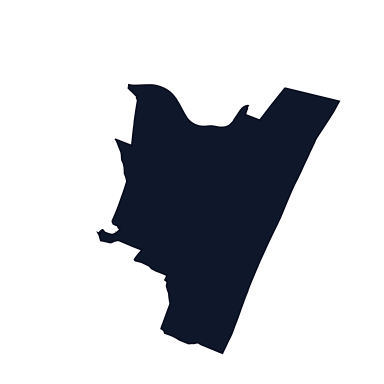 Amuwo Odofin, Lagos, Nigeria (Natural Earth projection), rotated 293°
{"feature_id": "59680162B96890005302109", "entity_name": "Amuwo Odofin", "entity_type": "district", "adm_level": 2, "iso_a3": "NGA", "parent_name": "Nigeria", "parent_adm1": "Lagos", "projection": "natural_earth1", "projection_center": [3.271, 6.447], "detail": "fine", "context": "isolated", "style": "filled", "palette": "ink", "viewbox_px": 384, "rotation_deg": 293, "n_neighbors": 0, "source": "geoboundaries", "source_scale": "gbopen_adm2", "svg_char_len": 3870}
<svg xmlns="http://www.w3.org/2000/svg" viewBox="0 0 384 384"><g transform="rotate(293 192 192)"><path d="M293.5,209.7L292.3,208.0L290.7,206.5L289.3,205.7L288.9,205.5L285.9,204.6L282.7,204.0L279.4,203.4L277.5,203.0L275.7,202.7L274.8,202.5L274.6,202.4L274.2,202.5L272.4,202.2L270.9,201.5L268.0,200.4L265.7,198.3L264.2,196.3L263.4,194.6L262.2,191.8L262.0,191.0L262.0,190.9L261.6,188.7L260.9,185.8L260.3,183.9L259.3,181.8L257.9,179.3L257.2,177.7L256.7,176.5L256.3,175.7L255.5,172.5L255.3,170.0L255.2,168.5L255.4,166.8L255.6,165.5L255.6,165.3L255.6,164.9L256.1,163.2L256.5,161.9L257.4,159.8L258.3,158.2L259.5,156.6L260.3,155.5L260.8,154.7L268.0,145.7L269.6,143.4L271.3,141.2L272.8,138.6L274.3,135.7L275.5,132.5L276.3,128.3L276.5,126.0L276.5,121.9L276.4,120.8L276.2,119.0L275.9,116.9L275.0,113.6L273.4,109.8L271.9,106.4L270.1,102.7L268.5,99.3L267.8,97.7L267.7,97.3L266.8,95.2L266.1,91.9L264.9,92.3L263.8,92.6L262.7,92.8L261.8,95.0L260.9,97.5L259.8,100.4L258.9,102.3L258.8,102.8L258.7,104.0L257.4,104.0L257.2,104.0L256.6,104.6L255.4,105.9L255.1,106.1L251.3,107.0L244.8,108.6L234.9,111.2L231.3,112.4L227.6,113.4L214.4,117.4L211.2,118.4L211.1,115.2L211.0,111.4L210.8,105.0L210.7,100.5L209.8,102.3L208.5,103.7L205.4,106.7L201.0,111.1L199.4,112.1L198.6,112.6L198.4,113.0L198.2,112.8L197.4,113.2L196.3,113.7L194.1,114.9L193.3,115.7L192.8,116.3L192.1,117.1L191.7,117.5L190.9,118.1L188.3,119.9L185.2,121.5L183.8,122.1L182.5,122.7L181.3,124.0L180.5,124.8L179.1,125.9L178.5,126.4L177.9,126.8L177.7,127.1L175.7,128.0L174.1,128.1L172.0,128.3L169.1,128.6L164.9,128.9L162.4,129.1L161.6,129.1L155.3,129.5L146.9,129.9L141.4,130.0L136.7,129.9L135.8,130.3L135.7,129.9L133.9,130.0L132.5,131.2L131.8,132.1L131.7,134.8L132.0,135.9L131.3,137.1L130.5,137.9L130.1,138.5L129.9,139.8L129.7,140.1L128.8,140.1L127.1,139.3L125.5,138.8L125.3,138.4L125.2,137.9L124.7,138.1L124.0,137.8L123.3,137.0L121.8,135.5L121.3,133.7L121.0,131.5L120.8,127.9L120.8,127.4L122.3,124.7L122.1,124.0L121.2,123.9L120.4,123.1L119.5,122.7L118.7,123.0L118.0,123.6L117.8,121.2L116.5,122.9L115.1,124.2L112.8,126.0L111.7,126.9L111.6,127.0L112.2,129.6L112.9,133.5L113.4,136.3L113.6,136.9L114.4,138.0L115.7,139.0L117.1,140.5L118.8,143.3L118.8,146.3L118.8,151.0L118.8,159.0L119.0,166.0L119.0,168.6L115.1,167.3L111.7,166.3L108.8,165.6L107.2,165.4L106.7,166.3L106.6,166.8L106.9,168.2L106.9,168.3L107.4,171.7L107.6,173.4L107.5,174.7L107.4,177.5L107.2,180.4L107.3,180.8L107.0,182.1L106.4,183.2L105.7,184.6L105.3,189.6L105.4,192.8L105.5,195.2L105.5,198.9L105.4,201.6L102.6,201.5L100.4,201.4L100.4,201.5L100.0,203.2L99.6,203.9L98.9,204.5L98.3,204.7L97.2,204.8L95.6,205.2L94.5,205.9L93.9,206.6L92.7,207.4L91.7,208.3L90.3,209.7L89.3,210.4L87.1,211.5L84.2,213.2L80.9,215.3L80.2,215.6L77.1,215.7L72.8,215.9L65.5,216.3L56.8,216.7L54.1,216.9L54.0,218.1L53.7,219.3L53.2,220.4L52.1,221.5L51.4,222.0L51.7,225.6L51.8,229.4L51.7,232.7L51.3,235.7L50.9,238.2L50.9,242.6L51.0,245.6L51.0,247.4L51.2,248.5L52.4,250.6L53.0,252.1L53.8,253.8L54.6,254.6L55.3,255.8L55.6,257.1L55.4,258.5L55.2,259.1L55.1,259.6L55.2,264.2L55.2,270.0L55.3,272.5L55.3,279.4L55.4,283.1L58.7,283.2L62.5,283.4L66.3,283.5L70.0,283.7L75.0,284.0L78.2,284.0L82.4,283.8L86.0,283.6L90.2,283.5L94.8,283.3L99.6,283.0L105.5,282.6L110.0,282.4L115.5,282.1L118.8,282.0L122.2,282.0L124.8,281.7L134.6,281.5L154.7,281.5L173.7,282.0L185.9,282.5L193.0,282.9L197.1,283.1L202.1,283.3L206.5,283.3L211.1,283.3L214.6,283.2L221.4,283.2L225.9,283.2L229.2,283.2L232.2,283.2L235.6,283.3L239.0,283.4L244.3,283.8L252.6,284.2L261.6,284.4L270.7,284.8L273.7,284.8L284.3,285.3L287.8,285.3L289.8,285.4L293.8,286.1L300.9,287.4L310.3,289.1L321.7,291.0L333.1,292.1L324.0,237.2L323.7,236.9L303.1,231.1L284.6,226.3L284.3,217.5L284.1,211.0L284.5,210.8L289.0,210.4L289.2,210.1L289.6,210.5L290.9,210.3L291.4,209.6L292.5,209.8L293.0,210.0L293.4,210.1L293.5,209.7Z" fill="#0f172a" stroke="#020617" stroke-width="1.5"/></g></svg>